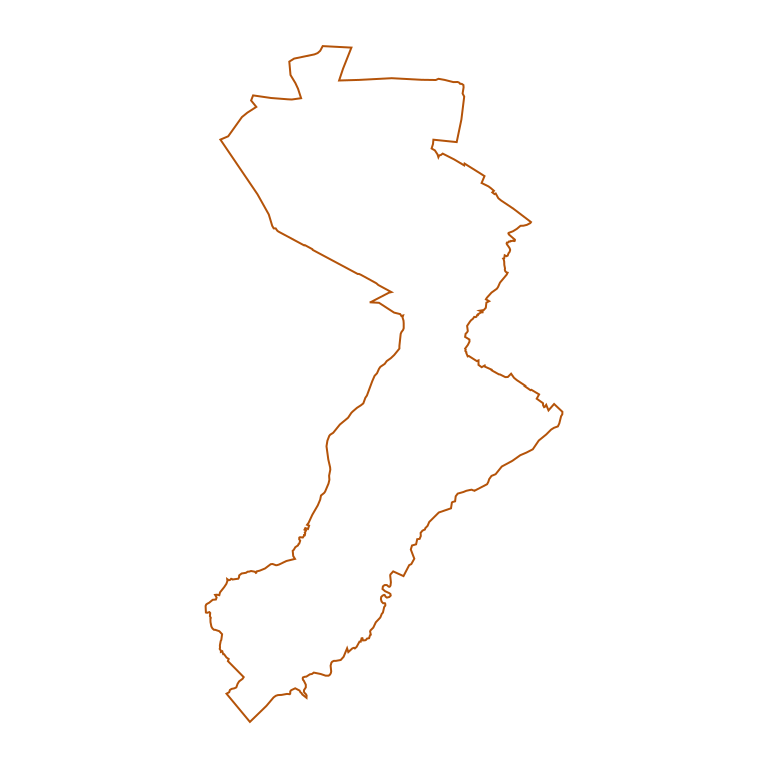 outline of Ozumba, México, Mexico
{"feature_id": "50627088B81799122508207", "entity_name": "Ozumba", "entity_type": "district", "adm_level": 2, "iso_a3": "MEX", "parent_name": "Mexico", "parent_adm1": "México", "projection": "albers", "projection_center": [-98.81, 19.016], "detail": "fine", "context": "isolated", "style": "outline", "palette": "amber", "viewbox_px": 768, "rotation_deg": 0, "n_neighbors": 0, "source": "geoboundaries", "source_scale": "gbopen_adm2", "svg_char_len": 6093}
<svg xmlns="http://www.w3.org/2000/svg" viewBox="0 0 768 768"><path d="M351.4,47.6L322.7,46.1L320.2,50.8L317.6,53.1L314.4,54.4L294.1,58.6L289.3,61.6L290.5,75.0L295.4,83.1L296.5,85.5L298.0,88.7L301.1,98.2L291.8,99.5L287.8,99.3L271.1,98.0L253.1,95.4L251.1,100.5L256.3,106.9L247.3,112.7L241.9,117.1L228.2,136.3L220.4,139.6L257.5,194.3L268.8,214.5L272.2,225.8L273.7,228.4L275.7,228.4L277.2,230.6L278.3,231.5L304.2,245.4L304.7,245.1L305.2,245.3L309.3,247.5L312.4,249.2L312.7,249.9L357.8,274.0L358.9,273.9L360.9,274.8L376.4,283.3L378.3,285.0L391.4,292.1L388.9,292.7L371.0,302.0L369.7,302.3L379.0,302.8L394.1,312.6L400.2,314.1L401.4,316.0L403.1,315.5L402.5,317.4L403.5,320.6L403.7,323.3L403.7,328.2L403.1,329.9L401.5,332.0L400.7,333.8L399.4,346.0L399.4,348.6L394.2,355.0L390.8,358.2L386.7,361.1L384.7,363.9L380.4,366.8L379.0,368.8L377.0,373.3L374.6,375.8L372.2,381.3L366.9,395.6L365.4,397.7L363.3,403.4L360.9,405.3L357.0,407.8L352.7,411.5L351.3,412.9L348.1,417.7L339.9,424.5L333.2,432.8L330.2,434.7L329.3,435.8L327.4,440.7L326.5,446.3L328.3,459.5L330.1,467.3L330.3,469.7L329.1,475.7L329.4,479.8L328.5,483.6L325.1,491.6L324.2,492.9L321.0,495.5L320.2,499.6L317.8,505.3L312.3,514.8L308.6,522.8L307.1,524.8L309.1,525.6L308.0,529.0L305.3,528.1L304.5,529.7L306.0,530.5L304.8,532.7L305.2,533.2L304.8,535.2L304.0,535.1L303.9,536.0L302.8,537.5L300.0,537.2L299.3,537.6L299.2,539.3L300.2,540.7L299.2,543.7L298.5,544.1L298.0,545.4L295.3,547.2L293.8,549.8L292.7,550.8L293.2,556.0L295.0,558.9L286.4,561.0L278.9,564.6L276.8,565.2L275.9,565.2L272.6,564.0L270.7,564.2L265.0,568.5L259.6,570.7L256.6,571.4L256.3,572.7L255.9,572.9L255.4,572.2L254.3,571.6L251.0,571.0L249.3,571.6L247.6,571.7L246.0,572.8L241.6,573.5L239.2,575.4L239.0,577.4L238.3,578.7L232.5,579.5L231.8,578.9L231.1,578.8L230.1,579.9L229.4,580.1L228.6,580.1L227.2,579.1L227.4,580.9L226.4,583.8L224.2,587.1L220.0,592.4L219.3,595.2L216.9,594.7L215.1,594.9L216.6,597.5L215.9,599.5L212.7,599.8L209.2,602.7L207.3,603.7L206.2,604.5L205.6,606.0L205.9,612.5L207.1,612.8L209.4,612.1L210.2,613.0L209.9,616.2L210.8,617.9L210.4,618.3L210.5,622.1L211.4,626.6L212.5,628.5L214.0,629.8L215.2,629.8L219.3,631.2L222.1,634.2L221.3,639.9L220.7,641.0L219.9,645.3L220.0,648.0L219.7,648.9L220.9,650.7L220.9,651.9L222.3,651.3L223.2,654.2L224.1,654.2L226.5,657.5L228.7,659.0L227.9,661.1L243.7,677.1L242.6,678.8L239.1,681.4L237.6,683.8L236.3,687.4L234.4,688.3L231.6,688.9L229.9,690.0L229.2,692.2L226.5,693.7L249.9,721.9L266.4,705.9L273.6,697.4L275.8,695.8L277.9,695.1L281.6,694.9L287.0,693.9L289.7,694.2L290.2,693.7L290.3,691.3L291.2,690.2L295.2,688.3L299.6,690.6L300.5,692.4L301.6,693.1L302.2,694.4L306.5,697.8L306.6,695.5L306.0,694.3L304.3,692.6L303.9,691.3L304.0,690.1L305.8,687.4L305.8,684.7L303.7,680.5L303.1,680.0L302.7,678.7L302.9,677.5L304.6,676.8L306.4,676.6L309.9,674.3L311.9,674.0L313.8,672.6L320.7,674.0L325.7,675.7L328.6,675.7L330.1,674.5L330.9,672.9L331.2,671.4L330.6,665.7L331.4,662.7L332.2,661.7L333.8,660.9L335.7,660.9L340.7,660.0L343.6,656.8L347.1,648.3L348.3,652.1L352.2,648.5L353.6,647.9L354.4,647.9L354.9,648.4L356.6,646.9L359.5,641.6L360.7,641.7L361.6,638.3L362.4,638.2L363.0,640.4L365.1,640.3L366.0,639.9L367.0,638.6L369.1,638.2L370.0,635.2L370.8,634.7L370.1,631.5L370.5,630.4L373.3,627.6L375.8,622.3L380.3,617.5L381.8,613.8L382.9,612.6L384.2,607.0L385.3,605.6L385.3,604.0L384.9,603.2L383.1,603.2L381.6,601.6L380.9,599.1L381.2,597.0L382.6,595.6L384.1,594.9L384.7,595.1L385.6,596.7L386.9,597.6L389.3,597.0L390.7,595.6L390.4,594.0L389.2,593.1L385.1,591.2L382.5,589.0L382.9,586.4L384.5,585.1L386.0,585.0L386.9,585.1L388.6,586.6L389.4,586.8L390.0,586.4L390.5,585.5L390.9,582.3L390.2,575.6L390.4,574.5L393.2,571.4L403.5,576.1L409.2,565.1L411.3,564.1L414.3,558.7L410.8,549.5L412.0,545.5L416.1,544.3L417.2,539.2L419.6,538.9L420.8,536.0L420.6,532.9L422.5,530.6L424.9,529.5L425.3,528.2L427.6,525.8L429.2,522.0L438.8,512.5L451.0,508.3L451.9,502.5L452.6,502.0L455.1,501.3L455.7,496.3L457.7,493.6L463.4,492.0L466.3,490.8L469.9,490.0L471.7,489.7L473.5,490.5L474.4,490.4L474.6,490.7L487.1,484.2L488.3,481.9L489.2,479.1L491.5,475.9L495.6,474.2L501.8,466.5L512.4,460.8L520.3,455.2L526.4,452.6L532.8,449.3L538.8,440.5L546.2,434.5L551.1,429.6L554.0,427.8L557.9,426.4L559.3,423.4L561.1,416.2L562.3,414.3L562.4,411.8L554.1,404.0L548.5,410.4L546.2,404.8L544.7,407.0L544.1,407.2L543.1,405.3L543.0,403.2L536.7,398.7L539.1,394.4L531.4,389.8L530.5,390.2L524.7,386.2L525.2,385.7L516.8,380.1L514.0,377.8L511.1,373.7L507.8,377.0L505.3,377.1L499.9,374.4L499.0,374.4L491.6,370.3L491.7,369.7L485.0,366.7L484.7,365.5L481.7,367.2L478.5,364.9L478.5,360.4L476.8,361.1L468.8,356.0L467.7,356.4L466.2,352.8L466.4,352.2L465.3,350.9L465.7,349.6L465.1,348.6L467.8,345.0L469.5,341.6L469.4,339.5L465.1,336.9L465.6,333.8L467.1,332.3L467.8,331.0L467.1,325.9L469.9,321.7L471.0,320.3L472.9,318.8L474.2,316.9L475.8,317.1L476.5,316.6L477.0,315.3L477.7,314.5L478.1,314.8L478.5,314.0L480.5,312.7L481.5,312.3L483.4,312.3L479.7,310.7L483.8,310.0L485.8,307.8L486.4,302.6L489.1,301.2L485.9,299.3L486.9,297.7L491.5,292.6L496.9,288.7L498.1,286.9L500.0,282.6L506.7,274.6L507.6,272.7L506.5,272.4L505.3,271.3L505.1,270.6L504.8,269.8L505.0,268.4L504.3,264.9L504.2,261.6L503.7,259.4L503.2,258.6L504.2,258.3L504.7,255.3L506.5,256.2L507.7,255.6L508.5,253.3L509.5,252.1L510.1,250.4L510.1,249.5L509.4,247.8L506.9,244.3L506.6,243.5L506.9,242.6L508.1,242.5L509.1,241.4L510.0,241.6L510.8,240.9L511.7,241.1L512.7,240.7L514.2,241.1L514.8,240.8L514.9,239.7L509.1,234.7L508.4,233.6L508.6,232.9L512.9,231.3L516.8,228.9L520.5,225.8L523.4,225.7L526.8,224.9L530.3,223.1L531.0,222.1L513.5,208.8L501.1,200.5L498.3,198.2L495.7,193.5L494.5,194.1L492.3,192.4L493.9,190.8L490.9,188.2L488.5,186.4L481.6,183.0L484.5,176.1L464.6,163.6L464.2,165.4L454.1,159.4L442.7,153.6L440.9,155.0L439.2,155.4L438.4,157.2L437.5,154.4L434.9,150.4L431.6,148.5L433.0,144.0L433.4,139.7L456.7,142.1L461.4,119.5L464.2,96.6L462.6,93.5L463.6,87.3L463.4,85.0L461.8,83.9L460.1,83.8L459.4,82.8L457.7,82.0L453.4,82.1L444.6,79.9L438.5,78.8L435.8,80.0L421.6,79.8L391.7,78.2L359.3,79.9L339.1,80.5L343.0,68.8L351.4,47.6Z" fill="none" stroke="#b45309" stroke-width="2"/></svg>